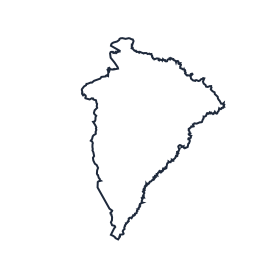 the district of Wassa Amenfi East, Western, Ghana, rotated 224°
{"feature_id": "2480657B15365927336493", "entity_name": "Wassa Amenfi East", "entity_type": "district", "adm_level": 2, "iso_a3": "GHA", "parent_name": "Ghana", "parent_adm1": "Western", "projection": "mercator", "projection_center": [-2.086, 5.877], "detail": "fine", "context": "isolated", "style": "outline", "palette": "slate", "viewbox_px": 256, "rotation_deg": 224, "n_neighbors": 0, "source": "geoboundaries", "source_scale": "gbopen_adm2", "svg_char_len": 5754}
<svg xmlns="http://www.w3.org/2000/svg" viewBox="0 0 256 256"><g transform="rotate(224 128 128)"><path d="M74.9,211.5L75.5,211.1L76.5,212.5L76.6,211.3L77.9,210.2L81.2,211.3L81.8,211.2L83.8,211.7L85.2,212.8L89.1,212.7L90.5,213.8L92.5,213.2L94.6,213.2L95.4,213.4L96.0,215.0L96.4,215.0L97.3,215.9L98.2,215.0L99.1,213.0L100.5,212.0L102.2,212.8L104.3,212.5L106.3,213.4L107.6,216.7L108.6,216.1L108.6,215.1L109.3,213.9L109.3,211.8L109.9,210.8L112.0,210.0L112.6,209.2L112.4,208.6L114.3,207.4L117.0,207.3L118.7,208.6L119.0,209.0L119.0,211.5L119.7,211.6L120.3,210.4L119.9,209.3L120.1,208.4L121.8,207.4L121.9,206.8L122.6,206.7L124.8,206.9L124.9,207.8L126.3,208.0L126.4,208.8L127.5,209.3L128.1,208.9L128.5,209.1L128.4,208.8L129.7,208.1L130.5,208.2L132.0,207.4L133.3,208.6L133.4,209.6L134.0,210.4L135.4,209.7L135.6,210.8L136.7,209.6L137.9,210.8L138.7,210.8L139.5,209.5L139.1,208.7L140.3,209.4L141.9,208.7L143.2,209.1L143.7,208.3L145.0,208.4L145.3,207.6L145.9,207.6L145.5,206.6L146.2,206.6L146.0,206.3L146.4,206.2L147.0,204.6L146.3,203.2L146.6,202.7L147.1,202.2L147.8,202.0L148.5,202.5L148.8,202.1L150.2,201.9L150.1,200.7L150.4,200.9L150.3,200.6L150.7,200.3L152.3,199.7L152.4,198.3L153.1,198.1L154.1,199.2L155.6,198.1L156.8,195.6L157.5,195.8L158.5,195.4L159.3,196.0L160.2,195.9L160.9,196.8L161.6,196.8L162.6,197.5L163.5,196.4L164.2,196.4L165.2,194.9L166.8,194.7L168.5,193.1L168.5,192.5L172.1,191.1L172.2,190.2L172.6,190.4L172.7,189.9L173.9,189.7L174.6,188.7L175.6,188.6L176.0,189.0L177.0,188.1L179.5,188.3L180.4,188.0L180.6,188.8L181.0,188.5L181.1,189.0L181.8,189.1L182.4,189.7L182.4,190.3L183.3,190.8L183.0,191.5L184.4,194.4L186.1,195.0L187.1,194.3L188.8,193.8L189.8,193.2L191.7,190.4L194.4,188.8L195.6,187.4L196.0,186.2L195.5,185.2L195.9,182.7L197.9,179.3L198.3,177.6L198.2,176.6L197.4,175.3L187.6,177.8L187.2,177.2L187.7,176.9L187.9,176.0L188.8,175.5L188.4,174.8L188.5,173.9L189.7,174.0L189.5,172.8L190.3,172.6L190.7,171.8L191.7,172.3L192.8,171.3L193.2,170.5L192.7,169.2L189.3,166.5L183.0,165.7L177.5,164.5L176.4,163.8L178.8,160.4L179.1,160.6L179.9,159.1L181.7,158.0L183.3,158.3L183.6,157.6L183.1,157.4L183.3,155.8L181.9,155.1L181.4,156.1L181.1,156.2L180.6,155.1L181.1,154.8L180.8,154.3L178.4,151.5L179.0,151.3L179.7,151.7L180.2,150.3L179.9,149.6L182.6,146.3L182.3,144.2L185.2,138.4L185.5,135.5L186.3,135.0L188.0,131.3L188.5,130.9L187.9,129.6L188.5,127.3L188.1,123.9L187.7,123.3L185.6,122.0L185.4,121.2L184.5,120.6L183.0,120.3L183.0,121.7L181.0,121.9L180.1,121.2L179.8,120.2L179.3,119.8L175.4,121.9L174.7,124.2L173.7,124.9L173.4,124.5L172.6,124.5L170.3,125.7L168.0,124.1L167.0,123.9L165.6,121.9L164.2,121.1L164.3,117.6L163.0,115.2L162.0,114.7L159.3,114.7L159.0,113.4L157.0,111.1L156.5,109.6L157.4,108.2L153.5,107.3L151.2,106.4L150.6,105.2L149.5,104.7L148.5,102.5L147.6,102.0L147.1,101.3L147.7,99.0L147.6,97.5L146.2,95.2L145.9,93.0L144.5,93.4L142.8,92.7L142.2,91.6L140.4,89.6L138.7,88.4L138.0,87.2L136.1,86.5L132.9,84.3L132.5,82.2L130.3,80.5L127.0,79.3L124.8,79.6L121.8,78.5L120.8,76.1L118.7,73.6L117.7,73.1L116.9,73.3L114.4,71.8L113.1,71.8L112.1,71.0L110.9,71.2L112.2,69.1L112.2,68.1L108.6,64.1L85.3,57.1L82.0,57.6L81.6,56.7L81.7,54.8L81.0,54.2L79.9,54.4L79.1,53.5L78.6,53.5L77.4,52.7L75.4,50.4L74.8,48.3L71.9,47.0L69.7,48.3L68.4,47.9L68.2,46.0L66.1,39.3L63.4,40.2L61.4,40.4L60.5,40.1L57.7,41.0L58.1,43.2L58.8,44.0L58.4,44.4L59.6,45.8L57.8,47.9L57.7,48.9L60.1,50.1L60.5,51.7L60.3,52.9L61.7,54.0L62.0,55.5L62.6,55.8L62.7,57.6L63.3,58.0L62.8,58.8L62.7,60.1L63.2,60.5L62.8,61.4L63.4,61.7L64.2,63.4L64.6,63.5L64.3,64.8L63.6,65.5L62.8,65.6L63.4,68.0L63.2,68.4L63.6,69.0L62.7,69.5L62.7,70.4L63.5,71.2L62.7,72.7L64.0,74.6L63.8,74.8L64.1,75.0L64.4,76.3L64.7,76.3L64.1,77.3L64.9,78.0L64.8,79.7L65.6,79.8L66.4,81.2L66.0,81.4L66.5,82.0L66.4,82.9L65.5,84.6L66.0,84.3L67.4,84.9L68.3,87.1L68.5,86.9L69.4,87.2L68.9,88.4L68.1,89.1L69.2,89.6L69.4,89.4L69.6,89.9L70.1,89.6L71.1,92.6L72.6,93.0L72.8,92.6L73.2,92.7L73.2,93.2L72.7,93.4L72.7,94.1L73.4,94.4L72.9,94.9L73.5,95.4L73.8,94.8L74.3,94.8L74.5,95.9L74.1,96.6L74.9,97.9L74.8,98.4L75.4,98.1L75.5,98.8L75.0,99.4L76.2,100.7L75.0,100.4L74.7,100.8L74.6,101.3L75.1,101.9L75.0,102.3L74.4,102.6L74.5,103.4L75.0,104.4L74.3,105.7L74.4,107.3L74.0,108.5L73.6,108.6L73.9,110.3L75.1,109.8L75.5,110.2L74.4,111.7L75.0,111.7L75.4,112.4L74.5,113.3L74.8,113.9L74.0,114.2L75.2,114.9L74.8,115.2L75.3,116.9L74.9,117.9L75.5,118.6L75.4,119.1L74.0,118.7L73.6,119.1L73.5,119.9L74.0,120.3L73.6,120.9L73.3,120.4L73.2,121.6L74.3,122.6L74.6,123.4L73.7,123.8L73.6,124.6L73.1,124.1L72.5,125.6L72.6,126.0L73.6,126.3L73.3,126.8L75.2,129.8L74.9,131.1L75.7,132.1L74.4,132.3L73.6,133.0L74.4,135.5L73.9,136.2L73.5,135.8L74.0,135.7L73.5,135.4L73.1,135.4L72.7,136.0L73.4,136.4L73.2,139.1L74.1,141.2L73.3,141.4L73.1,142.0L73.9,142.6L73.8,143.3L74.6,143.7L74.5,144.2L74.9,144.0L74.9,144.8L75.8,144.6L76.1,144.9L75.5,146.4L76.4,148.7L77.1,148.6L78.9,149.5L79.2,150.4L78.8,151.8L78.0,152.2L76.9,152.4L76.3,151.4L75.4,153.4L75.0,152.7L74.0,152.6L73.1,153.6L72.9,153.4L71.9,155.8L73.7,158.6L73.5,159.4L74.5,161.6L75.7,162.4L76.7,161.8L77.2,162.3L77.3,162.7L76.4,163.4L76.1,164.7L76.9,165.3L77.1,166.3L79.4,165.5L80.0,165.7L79.6,167.5L80.5,167.4L81.3,168.2L82.8,168.5L83.7,169.6L83.3,170.1L83.5,170.5L83.2,172.1L83.6,173.1L83.3,173.5L82.5,173.8L81.9,174.8L83.7,175.7L83.4,176.1L83.5,177.4L81.6,178.9L80.2,182.2L79.5,182.6L79.0,183.7L80.2,186.3L80.2,187.2L81.5,188.7L81.0,188.9L80.3,190.8L81.2,192.9L80.8,193.3L81.3,193.6L81.0,194.1L79.8,194.5L80.1,196.0L78.7,196.0L78.8,196.7L78.1,196.6L77.5,197.1L76.5,197.1L76.3,197.9L76.7,198.3L76.5,199.1L76.8,200.0L75.1,199.6L74.1,200.0L74.1,200.8L74.6,201.6L74.7,203.4L76.0,205.4L75.2,205.4L74.3,206.1L74.2,206.8L74.6,207.4L73.6,208.7L74.0,209.2L73.5,210.0L74.3,210.2L74.9,211.5Z" fill="none" stroke="#1e293b" stroke-width="2"/></g></svg>